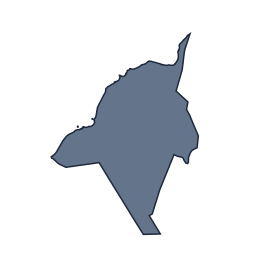 outline of East-Central, Guadalcanal, Solomon Islands, rotated 279°
{"feature_id": "97153195B72128513413491", "entity_name": "East-Central", "entity_type": "district", "adm_level": 2, "iso_a3": "SLB", "parent_name": "Solomon Islands", "parent_adm1": "Guadalcanal", "projection": "albers", "projection_center": [160.571, -9.616], "detail": "fine", "context": "isolated", "style": "filled", "palette": "slate", "viewbox_px": 256, "rotation_deg": 279, "n_neighbors": 0, "source": "geoboundaries", "source_scale": "gbopen_adm2", "svg_char_len": 5356}
<svg xmlns="http://www.w3.org/2000/svg" viewBox="0 0 256 256"><g transform="rotate(279 128 128)"><path d="M230.7,174.5L230.1,173.9L229.6,173.3L229.2,172.8L229.1,172.7L228.9,172.5L228.6,172.3L228.3,172.1L228.1,171.9L227.9,171.8L227.3,171.6L226.8,171.5L226.3,171.2L225.0,170.2L224.8,170.1L224.4,169.8L224.1,169.7L223.9,169.3L222.2,168.3L221.3,167.7L220.7,167.3L220.4,167.1L219.5,166.5L219.0,166.0L218.8,165.9L218.5,165.8L218.3,165.7L217.4,165.6L217.0,165.7L216.8,165.7L216.3,166.1L216.1,166.2L215.8,166.2L215.3,166.3L214.9,166.3L214.6,166.3L214.3,166.2L214.0,166.0L213.6,166.0L213.3,166.1L212.9,166.1L212.7,166.2L212.5,165.9L212.5,165.7L212.4,165.7L211.4,165.4L211.1,165.4L210.8,165.4L209.6,165.8L209.0,166.0L208.4,166.2L207.3,166.4L206.6,166.5L206.1,166.6L205.6,166.6L205.4,166.6L204.1,166.6L203.7,166.5L202.4,166.1L202.0,166.0L201.9,166.0L201.8,165.9L201.2,165.7L200.8,165.6L199.9,165.1L199.4,164.5L199.2,164.4L199.0,164.5L198.9,164.5L198.7,164.5L198.7,164.3L198.7,164.2L198.2,164.0L197.7,163.7L197.3,163.2L197.1,162.9L197.0,162.5L196.9,161.8L196.7,160.7L196.7,160.0L196.6,159.4L196.7,158.6L196.7,158.2L196.4,157.6L196.1,157.1L196.0,156.7L195.9,156.5L195.9,156.3L195.9,155.6L195.9,154.8L195.9,153.2L196.1,152.4L196.1,152.0L196.1,151.6L195.7,151.1L195.8,150.8L195.9,150.5L196.0,150.4L196.3,150.2L196.4,149.9L196.5,149.5L196.5,149.2L196.6,148.1L196.7,146.8L196.7,146.7L196.8,146.3L196.9,145.5L197.0,145.1L197.0,144.5L197.1,143.9L197.1,142.8L197.1,142.7L197.3,142.1L197.3,141.8L197.3,141.6L197.3,141.4L197.5,140.2L197.4,139.3L197.3,139.0L197.4,138.7L197.4,138.4L197.3,138.2L197.1,138.0L196.8,137.6L196.7,137.4L196.6,137.2L196.2,136.9L195.4,136.3L194.9,136.0L194.3,135.3L194.0,134.8L193.6,134.2L193.3,133.5L193.0,133.0L192.7,131.9L192.5,131.7L192.2,131.4L192.0,131.1L191.7,130.8L191.2,130.5L190.7,129.9L190.3,129.5L189.6,128.5L189.0,127.7L188.9,127.6L188.6,127.1L188.3,126.7L188.2,126.5L187.7,125.6L187.1,124.4L187.0,124.0L186.9,123.6L186.8,123.2L186.9,121.3L187.0,120.9L187.0,120.7L186.8,120.5L186.6,120.4L186.4,120.5L186.2,120.6L185.8,120.2L185.5,119.8L185.3,119.6L185.1,119.5L185.1,119.4L185.0,119.0L185.0,118.8L184.9,118.6L184.6,118.4L184.2,118.2L183.8,118.3L183.4,118.3L183.1,118.3L182.8,118.1L182.2,117.7L181.8,117.5L181.6,117.4L181.3,117.4L180.9,117.5L180.9,117.8L180.3,117.5L180.2,117.4L179.5,116.8L179.4,116.7L178.8,116.2L178.6,116.1L178.4,115.9L178.3,115.7L178.2,115.0L178.1,114.7L178.2,113.5L178.5,112.5L178.6,112.1L178.8,111.7L178.6,111.2L178.3,111.2L178.0,111.5L177.9,111.8L177.7,112.0L177.2,112.2L176.7,112.1L175.9,112.0L175.3,111.9L174.8,111.9L174.5,111.8L173.7,111.3L173.6,111.2L173.4,111.0L173.2,110.8L172.6,110.0L172.1,109.1L171.6,108.0L171.4,108.3L171.1,108.4L171.1,108.2L171.1,107.8L171.0,107.6L170.7,107.6L170.4,107.4L170.0,107.1L169.6,106.7L168.9,105.8L168.6,105.3L168.5,104.9L168.4,104.8L168.1,104.6L167.7,104.2L167.5,103.9L166.9,103.4L166.4,102.7L165.9,102.0L165.7,101.7L165.2,101.4L164.7,101.1L163.9,100.4L163.6,100.1L163.2,100.0L162.8,100.0L162.2,100.1L161.4,100.1L160.8,100.0L159.5,100.0L158.1,99.5L157.1,99.0L155.8,98.5L154.7,98.3L153.8,97.9L153.0,97.7L151.4,97.2L150.7,97.0L150.2,96.8L149.3,96.5L147.5,95.8L146.5,95.5L143.7,94.7L142.7,94.6L142.0,94.6L141.9,94.7L141.5,94.7L141.1,94.7L140.7,94.7L140.2,94.5L139.2,94.5L138.7,94.6L137.9,94.6L137.6,94.6L136.8,94.6L136.1,94.6L135.4,94.5L134.6,94.5L134.2,94.5L133.9,94.4L133.6,94.3L131.2,93.2L130.9,93.2L130.4,93.3L129.9,93.7L129.6,93.7L129.5,93.9L129.5,94.0L128.8,94.0L128.5,94.1L128.0,94.1L127.2,93.8L126.8,93.7L126.1,93.5L125.1,92.7L124.6,92.2L124.2,91.7L123.7,90.8L123.6,90.5L123.5,90.3L123.4,89.9L123.4,89.7L123.5,89.6L123.5,89.4L123.5,89.2L123.4,89.0L123.3,88.8L123.1,88.7L122.8,88.3L122.5,87.8L122.4,87.5L122.1,86.3L122.0,85.9L122.0,85.5L121.9,85.1L121.9,84.9L121.9,84.7L122.1,84.5L122.2,84.4L122.4,84.1L122.4,83.9L122.3,83.7L122.0,83.3L121.8,83.2L121.6,83.2L121.4,83.3L121.2,83.3L121.2,83.0L121.2,82.9L120.8,82.9L120.6,83.0L120.3,83.1L120.2,83.0L120.2,82.9L120.2,82.7L120.2,82.2L119.9,82.0L119.6,81.9L119.6,81.5L119.7,81.4L119.7,81.1L119.2,81.0L119.1,80.9L118.9,80.6L118.7,80.1L118.6,79.4L118.6,79.1L118.4,78.3L117.9,77.6L117.8,77.2L117.6,76.6L117.5,76.4L117.3,76.3L116.5,75.8L116.2,75.6L115.8,75.4L115.5,75.1L114.7,73.9L114.4,73.5L114.1,73.1L113.8,72.7L113.6,72.4L113.3,71.8L112.1,70.3L111.5,69.6L110.9,69.1L110.1,68.5L109.5,68.1L107.9,67.2L107.2,66.9L106.7,66.5L106.0,66.2L105.5,65.9L105.0,65.6L104.0,65.3L102.4,64.6L100.9,64.1L98.7,63.2L98.0,62.9L97.8,62.9L97.1,62.6L94.9,61.8L93.0,61.0L92.5,60.8L91.4,60.1L90.9,59.8L89.9,59.1L88.6,57.8L87.8,56.9L87.6,56.7L87.5,56.8L86.2,57.4L86.1,58.7L83.9,61.9L82.6,63.8L82.3,64.4L82.0,65.0L81.4,66.3L79.5,72.8L83.2,84.9L86.6,96.1L89.3,104.9L75.7,116.4L59.9,130.0L37.6,149.1L25.3,159.8L28.4,176.5L44.7,162.7L46.9,165.4L71.8,169.0L108.9,177.6L107.8,181.4L107.6,185.7L106.9,187.2L105.1,188.2L102.4,190.6L102.2,192.4L103.3,193.0L104.4,192.9L108.3,192.4L113.4,193.5L115.9,194.8L117.5,196.6L119.3,199.3L131.2,198.7L146.3,189.3L149.7,187.3L155.5,182.9L163.1,183.1L172.0,169.7L193.7,172.4L200.8,172.2L204.8,172.0L206.9,171.9L214.2,171.8L230.7,174.5ZM121.9,78.1L121.8,77.9L121.7,77.8L121.2,77.9L121.1,78.0L121.0,78.4L121.1,78.5L121.3,78.6L121.7,78.5L121.8,78.4L121.9,78.2L121.9,78.1ZM131.7,91.3L131.6,91.1L131.4,91.1L131.1,91.3L131.1,91.7L131.3,91.8L131.5,91.8L131.7,91.6L131.7,91.3Z" fill="#64748b" stroke="#1e293b" stroke-width="1.5"/></g></svg>